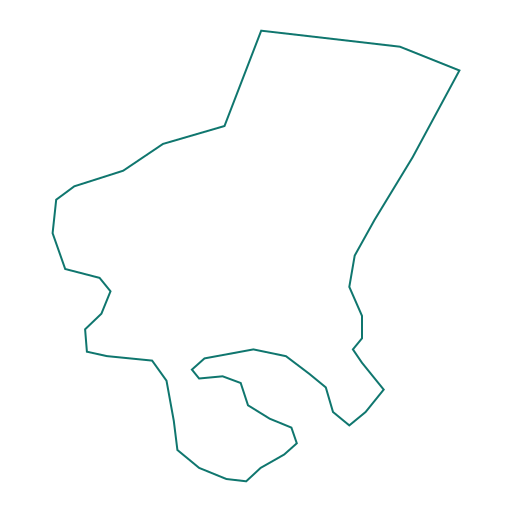 map outline of San Pawl il-Bahar (Albers equal-area conic projection)
{"feature_id": "MLT-5926", "entity_name": "San Pawl il-Bahar", "entity_type": "state/province", "adm_level": 1, "iso_a3": "MLT", "parent_name": "Malta", "parent_adm1": "", "projection": "albers", "projection_center": [14.403, 35.938], "detail": "fine", "context": "isolated", "style": "outline", "palette": "teal", "viewbox_px": 512, "rotation_deg": 0, "n_neighbors": 0, "source": "natural_earth", "source_scale": "10m", "svg_char_len": 728}
<svg xmlns="http://www.w3.org/2000/svg" viewBox="0 0 512 512"><path d="M261.2,30.7L399.9,46.7L459.4,70.5L412.6,157.3L374.6,219.8L354.7,255.6L349.3,286.9L362.0,315.9L362.0,338.3L352.9,349.4L362.0,362.8L383.7,389.6L365.6,412.0L349.3,425.4L333.0,412.0L325.8,387.4L309.5,374.0L286.0,356.2L253.4,349.4L204.5,358.4L191.9,369.6L199.1,378.5L222.6,376.3L240.7,383.0L248.0,405.3L269.7,418.7L291.4,427.6L296.8,443.3L284.2,454.5L260.6,467.9L246.2,481.3L226.3,479.0L199.1,467.9L177.4,450.0L173.8,420.9L166.5,380.7L152.1,360.6L106.8,356.1L86.9,351.7L85.1,329.3L101.4,313.7L110.5,291.3L99.6,277.9L65.2,269.0L52.6,233.2L56.2,199.7L74.3,186.3L123.2,170.7L163.0,143.9L224.5,126.0L261.2,30.7Z" fill="none" stroke="#0f766e" stroke-width="2"/></svg>